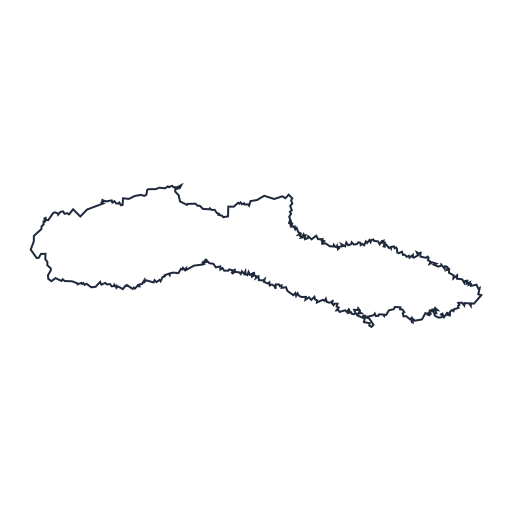 outline of Arajuno, Pastaza, Ecuador
{"feature_id": "8360857B99947477251050", "entity_name": "Arajuno", "entity_type": "district", "adm_level": 2, "iso_a3": "ECU", "parent_name": "Ecuador", "parent_adm1": "Pastaza", "projection": "albers", "projection_center": [-76.93, -1.354], "detail": "fine", "context": "isolated", "style": "outline", "palette": "slate", "viewbox_px": 512, "rotation_deg": 0, "n_neighbors": 0, "source": "geoboundaries", "source_scale": "gbopen_adm2", "svg_char_len": 6077}
<svg xmlns="http://www.w3.org/2000/svg" viewBox="0 0 512 512"><path d="M282.3,196.3L274.2,199.0L264.2,195.8L257.1,200.0L250.5,201.1L249.1,205.7L247.9,204.3L244.7,204.6L244.1,203.3L242.0,204.3L240.5,202.4L239.3,203.7L238.1,202.8L233.7,206.7L228.3,206.6L228.0,216.4L223.2,217.2L222.0,215.6L218.5,214.9L219.0,213.8L216.9,213.1L214.7,209.9L211.4,209.9L209.9,208.3L209.1,209.3L202.9,208.9L199.9,205.8L197.5,205.7L195.5,203.7L187.5,203.9L187.0,204.9L180.0,201.4L178.7,195.4L175.2,191.6L175.3,189.1L179.8,188.1L181.3,185.1L177.5,187.2L173.6,187.2L172.0,185.8L168.9,187.2L167.9,186.4L165.1,188.3L158.9,187.7L156.0,189.1L148.4,189.2L147.2,190.0L146.3,194.8L144.3,195.9L141.0,194.9L134.7,196.0L128.9,198.9L123.0,198.3L122.6,204.9L121.1,205.3L119.3,202.7L118.9,203.6L116.2,203.4L114.4,201.2L112.4,202.6L111.7,200.4L105.6,201.5L102.4,200.0L102.2,201.1L103.4,201.1L101.8,202.4L103.4,203.4L87.1,209.5L80.3,216.5L73.1,209.3L69.0,214.4L67.1,213.2L64.5,213.8L63.1,211.4L60.5,211.9L58.1,214.7L57.8,213.4L54.9,212.3L53.1,213.1L48.3,220.1L46.0,220.2L45.6,217.9L44.4,218.5L44.9,221.5L43.5,221.6L43.6,224.6L41.7,226.1L41.3,229.2L33.9,235.9L33.8,241.4L30.7,249.6L36.7,258.0L38.7,257.8L41.0,253.9L45.5,253.8L45.3,259.2L47.4,261.9L47.3,265.2L50.7,268.3L50.9,270.1L48.0,275.2L48.3,278.9L51.4,281.2L55.5,278.1L61.4,280.9L62.7,279.3L64.6,281.0L72.0,281.3L77.3,283.3L77.5,284.3L81.5,282.9L82.2,284.0L83.4,283.1L84.6,284.8L86.7,283.8L91.2,287.3L95.6,286.8L100.1,281.9L101.4,284.7L105.3,282.9L106.8,284.4L110.1,284.1L111.6,286.3L113.8,286.1L114.3,284.8L115.2,286.3L116.3,285.7L116.5,287.8L118.2,286.5L122.8,289.1L125.5,285.7L126.9,285.9L126.2,284.6L132.6,288.9L133.8,287.6L134.9,288.6L137.1,286.1L139.3,286.3L138.4,284.8L141.9,284.0L144.4,280.1L144.5,281.9L146.1,280.3L153.6,282.4L154.6,280.2L156.5,282.1L159.5,279.9L160.6,281.3L162.6,277.1L164.8,276.4L164.5,275.3L168.9,273.7L169.7,275.1L170.2,273.3L173.3,272.6L178.4,273.2L180.9,268.8L182.2,269.4L183.0,267.8L184.4,269.7L186.1,268.2L185.9,270.1L194.1,265.6L203.0,264.5L204.1,264.0L202.9,263.0L204.1,262.6L203.6,261.8L206.1,261.9L205.1,260.3L206.0,259.6L209.3,263.2L213.4,263.8L215.8,267.4L220.2,266.4L220.4,269.5L222.4,268.0L224.2,270.7L228.2,270.7L229.2,269.4L233.2,270.5L233.4,271.7L231.9,272.4L232.5,273.4L234.0,272.6L234.9,268.8L234.9,271.8L239.4,272.4L240.7,274.0L241.9,271.3L244.1,274.0L245.4,271.3L245.7,274.4L247.3,275.1L248.6,271.9L249.8,274.8L251.8,273.9L251.9,276.7L252.9,276.2L252.9,273.2L254.1,272.9L254.3,275.4L256.5,276.3L255.9,278.1L258.4,276.3L258.9,280.1L263.2,280.4L264.6,279.2L263.9,281.8L267.8,283.5L269.4,282.3L269.7,285.4L271.9,284.5L274.5,286.1L275.6,288.8L275.7,284.4L279.1,284.5L279.9,286.2L281.6,285.4L281.6,287.9L286.0,287.2L287.4,290.9L293.3,295.2L295.3,293.1L296.1,295.9L297.6,293.3L298.7,295.5L301.3,297.0L305.9,296.9L305.4,299.8L309.0,297.3L311.3,299.9L314.4,296.8L315.1,299.4L317.1,300.5L316.9,302.5L322.8,299.8L324.6,300.9L325.8,298.7L326.8,301.9L329.3,302.7L331.9,301.9L333.0,300.0L332.0,303.3L333.5,305.2L334.5,303.7L337.5,303.7L336.6,306.5L338.7,307.6L336.5,310.3L338.5,310.2L339.6,311.9L345.1,310.3L346.7,311.8L348.8,309.3L349.6,310.7L348.4,312.9L351.1,312.3L351.9,313.9L353.8,314.2L355.6,313.4L354.1,309.8L357.7,310.0L358.2,308.3L360.0,310.7L359.2,312.0L361.2,313.1L357.2,313.8L357.1,315.3L363.1,317.9L363.3,315.4L365.4,315.9L363.9,322.1L369.7,323.2L369.3,325.6L371.5,326.9L373.5,324.8L369.2,318.5L366.8,317.7L367.5,316.8L373.9,315.1L374.8,313.6L376.0,316.1L378.4,315.8L378.8,314.4L383.0,314.5L384.2,316.0L384.6,314.7L386.2,314.9L388.9,310.3L393.7,309.3L394.9,307.0L400.4,307.3L400.0,309.3L402.4,309.5L404.3,312.2L402.7,313.3L403.6,316.4L406.1,316.1L410.1,319.4L411.5,317.9L411.8,322.0L412.8,322.5L412.5,318.6L414.9,320.7L422.0,319.4L425.4,313.1L427.1,313.9L428.9,312.5L427.9,314.8L429.2,315.3L430.7,314.0L429.4,311.7L430.0,310.3L431.3,310.6L432.8,308.8L432.1,311.4L433.3,311.5L435.1,307.9L437.6,310.2L434.9,310.0L436.3,313.2L434.1,313.2L434.9,315.7L438.3,317.6L441.6,317.3L442.5,316.0L441.0,314.4L442.4,313.6L444.0,317.2L446.0,314.5L448.6,315.1L446.3,312.5L450.0,314.1L450.0,311.8L452.0,310.0L453.5,311.1L454.1,309.2L458.5,307.9L458.1,305.7L459.4,304.9L458.3,302.9L462.0,302.7L464.3,305.5L464.6,303.1L469.3,303.4L470.8,305.8L470.9,303.3L473.9,303.7L481.3,295.2L478.3,294.2L479.7,288.0L478.4,288.7L476.4,284.7L470.9,285.9L470.9,284.1L468.8,284.8L469.8,282.3L466.7,283.7L467.3,280.7L465.2,280.9L464.4,283.1L462.2,279.3L457.0,278.7L457.1,275.3L453.4,278.4L453.7,275.4L449.0,272.8L449.1,269.2L446.5,270.0L447.9,268.0L447.2,266.9L445.2,266.2L444.5,268.6L441.3,264.6L441.1,265.7L438.4,266.6L433.8,264.7L436.2,263.6L432.5,262.4L429.6,263.9L430.5,261.7L427.9,260.1L428.6,257.7L427.6,256.6L425.9,257.8L420.5,256.6L420.2,253.5L421.4,252.1L419.2,253.6L416.8,252.3L418.0,255.3L414.0,257.6L412.9,257.3L412.9,254.9L409.5,257.7L408.9,255.8L406.7,256.8L404.7,254.7L403.0,254.9L401.9,251.7L398.9,253.2L397.3,252.6L396.9,248.6L395.9,247.4L394.6,248.2L393.9,246.4L391.4,247.0L391.1,248.3L390.6,247.1L389.0,248.0L386.2,244.5L384.8,244.9L384.7,246.7L383.6,246.4L384.8,242.6L382.7,242.7L383.5,240.7L381.8,241.1L379.7,244.4L378.1,241.4L374.0,240.9L373.4,239.5L371.5,240.0L370.6,242.1L369.5,240.0L367.1,243.0L365.9,241.4L364.1,245.3L362.4,244.0L360.7,245.1L360.4,242.8L358.4,242.3L356.9,244.1L353.8,244.5L351.7,242.3L351.1,244.2L348.3,245.3L346.3,242.5L345.2,246.3L341.4,244.2L342.4,246.2L338.4,247.0L339.0,248.2L337.9,249.2L337.1,245.9L336.6,247.1L335.3,246.9L333.8,244.8L333.3,246.5L329.9,246.3L325.4,243.3L322.3,243.9L322.1,242.6L324.1,241.1L322.2,240.4L321.2,241.4L322.4,239.1L318.1,239.2L316.2,235.7L311.6,239.3L308.2,236.3L307.9,238.1L305.0,239.3L303.7,236.3L305.1,236.9L305.5,235.3L304.1,235.6L303.6,234.4L302.1,237.5L301.0,237.7L301.9,236.5L300.0,235.9L300.6,234.3L298.5,234.7L300.1,233.1L298.2,232.0L296.6,227.9L295.7,228.9L295.2,227.6L294.9,228.8L293.6,226.4L291.3,226.7L292.0,224.3L290.7,224.8L291.0,223.8L289.1,223.2L289.7,221.0L291.1,221.9L289.2,216.8L291.1,213.8L289.9,211.9L291.8,210.3L290.2,205.9L292.3,203.5L291.1,200.4L292.3,198.3L288.7,194.7L285.4,198.2L282.3,196.3Z" fill="none" stroke="#1e293b" stroke-width="2"/></svg>